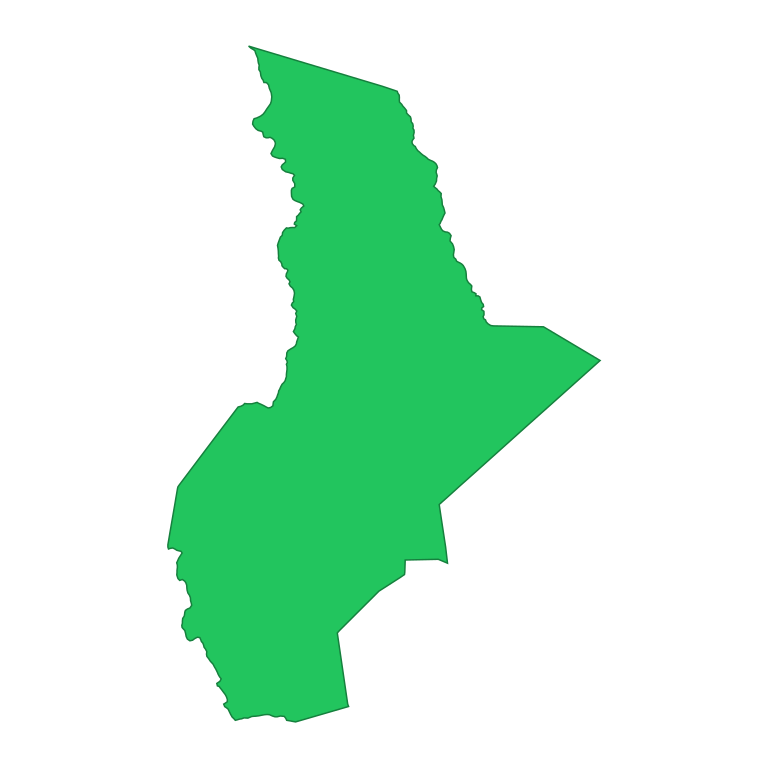 Itaguaçu da Bahia, Bahia, Brazil
{"feature_id": "56859067B27596324942544", "entity_name": "Itaguaçu da Bahia", "entity_type": "district", "adm_level": 2, "iso_a3": "BRA", "parent_name": "Brazil", "parent_adm1": "Bahia", "projection": "albers", "projection_center": [-42.3, -10.736], "detail": "fine", "context": "isolated", "style": "filled", "palette": "green", "viewbox_px": 768, "rotation_deg": 0, "n_neighbors": 0, "source": "geoboundaries", "source_scale": "gbopen_adm2", "svg_char_len": 5838}
<svg xmlns="http://www.w3.org/2000/svg" viewBox="0 0 768 768"><path d="M447.5,563.2L445.6,546.9L440.9,516.0L439.2,504.5L450.2,494.7L458.8,486.9L469.0,477.8L479.2,468.7L491.7,457.5L525.0,427.6L541.6,412.8L544.1,410.6L600.1,360.5L543.5,326.8L493.4,325.9L490.7,325.5L488.1,323.9L486.2,321.9L485.5,319.9L483.8,318.8L483.1,316.6L484.0,314.9L484.0,313.2L483.9,311.3L481.6,309.7L481.9,307.8L483.6,306.6L483.2,304.3L481.7,302.6L480.8,300.2L479.9,297.0L478.2,295.9L475.8,295.8L476.0,293.8L474.3,292.7L471.9,291.8L471.4,289.3L471.8,286.0L470.5,284.4L469.0,283.2L467.9,281.8L466.9,280.0L466.4,278.2L466.3,276.3L466.2,274.1L465.9,271.4L465.1,268.9L464.2,267.2L463.2,265.5L461.8,264.1L460.1,263.0L458.2,262.1L456.6,261.2L455.8,259.2L453.8,257.4L453.4,254.8L453.8,252.3L454.2,249.6L453.6,246.7L452.5,243.9L451.3,242.5L450.0,240.9L450.4,238.0L451.1,235.7L449.5,233.3L447.6,232.2L445.2,231.9L442.9,230.9L441.5,229.3L440.3,226.9L439.2,224.7L440.2,223.3L440.9,221.4L441.9,219.8L443.0,217.1L444.0,214.9L445.0,213.0L444.3,210.1L443.6,207.6L442.3,204.8L442.1,202.0L441.9,199.7L441.0,196.7L441.2,193.5L439.5,191.7L438.1,190.6L436.9,189.0L435.2,187.7L433.7,186.3L435.2,184.1L436.5,181.0L436.6,178.5L437.2,175.9L436.7,174.1L436.1,172.4L436.4,169.9L437.5,167.6L436.9,165.5L435.8,163.6L434.2,162.2L432.6,161.2L430.8,160.5L428.3,159.3L426.8,157.8L424.9,156.3L423.2,155.3L421.2,153.7L419.3,151.9L417.7,150.6L416.2,148.5L415.3,146.5L413.8,145.6L412.4,143.8L411.9,141.8L412.7,139.9L414.0,138.2L413.4,135.4L414.1,132.6L414.0,130.1L412.9,128.3L413.2,126.2L412.8,123.9L411.2,121.7L411.0,118.7L410.4,116.8L408.5,115.1L406.6,113.1L406.5,110.5L404.4,107.8L402.9,106.2L401.7,104.3L399.5,102.1L399.3,99.9L399.4,97.5L399.2,95.1L397.9,93.3L397.2,91.3L387.5,88.0L382.4,86.3L255.2,48.1L248.6,46.1L251.1,48.3L253.1,49.4L254.9,50.7L255.6,53.0L256.6,55.6L257.8,58.3L258.0,60.7L258.4,63.1L259.2,65.1L258.9,67.3L258.9,69.7L260.3,71.8L260.9,75.9L261.9,78.5L263.1,80.1L263.9,82.5L266.5,82.6L268.5,84.8L269.4,88.5L271.2,92.7L271.8,96.8L271.3,101.3L270.4,103.9L268.7,106.3L266.7,109.1L265.0,111.8L263.1,114.2L260.6,116.1L259.0,116.9L256.6,118.0L254.1,118.7L253.0,121.2L252.6,124.1L253.9,126.3L255.8,128.7L258.1,130.4L261.1,131.2L262.7,132.1L263.2,134.5L263.8,136.7L266.1,137.8L268.0,137.8L270.0,137.3L271.9,138.2L273.9,139.8L275.1,142.0L275.4,143.9L274.6,146.8L272.5,150.4L271.0,153.6L272.5,156.0L274.3,156.9L276.3,157.6L279.5,158.5L282.6,158.3L285.4,159.3L285.5,162.1L283.9,163.5L282.3,164.8L281.2,166.9L282.3,169.5L285.7,171.8L288.8,172.5L291.1,173.3L292.9,173.7L294.5,175.3L292.8,178.0L292.8,180.3L293.8,182.0L294.7,183.5L294.8,186.9L292.1,188.4L291.4,190.2L291.4,192.8L291.6,196.4L293.0,199.3L294.8,200.5L297.4,201.6L299.7,202.4L302.8,204.0L303.8,206.0L301.4,208.0L300.2,209.8L301.1,211.8L299.6,213.4L298.2,215.3L296.6,216.6L296.6,219.1L296.4,221.0L294.7,222.4L294.3,224.1L296.7,225.7L294.7,227.6L292.3,227.5L290.5,227.6L288.2,228.2L286.4,227.9L284.2,230.2L282.6,232.5L282.2,235.4L280.4,237.1L279.2,240.3L278.2,243.0L277.5,245.4L278.0,248.1L278.3,250.8L278.4,253.7L278.6,256.2L278.4,258.0L279.0,260.3L280.7,261.7L281.8,263.9L282.0,265.8L283.3,267.4L284.7,268.7L286.5,268.7L287.9,270.2L287.3,272.1L286.4,273.7L286.0,276.4L287.1,278.2L289.1,280.0L290.0,281.8L289.0,283.8L290.4,286.2L292.6,288.1L294.0,290.5L294.5,293.2L294.2,295.4L293.8,297.4L293.3,299.4L293.7,301.7L292.3,303.0L291.4,305.1L293.1,307.7L295.0,309.0L296.8,311.0L295.7,313.5L296.8,316.3L295.7,319.9L295.8,322.4L296.4,324.5L295.3,326.5L294.9,328.7L293.4,331.6L295.0,333.8L296.7,335.8L298.4,337.0L297.6,339.3L296.7,341.8L296.3,344.1L295.1,346.1L293.0,347.7L291.1,348.7L289.6,349.7L288.0,350.7L286.8,352.9L286.6,356.5L285.7,358.7L287.0,360.7L287.3,362.7L286.4,364.2L287.0,366.5L287.0,369.6L286.6,372.5L286.4,374.5L286.4,376.7L285.7,378.7L285.2,380.6L283.8,382.6L282.1,384.2L280.8,386.6L279.7,389.2L278.7,390.9L278.4,392.9L277.6,394.9L277.0,396.8L275.8,399.3L273.4,401.8L273.1,404.0L272.9,405.8L270.6,407.5L268.2,408.0L266.4,407.1L263.9,405.7L260.8,404.2L258.6,403.3L257.1,402.4L254.9,403.0L251.8,403.8L249.2,403.8L247.3,403.8L244.6,403.5L243.4,404.9L241.1,406.2L238.1,407.0L213.7,439.2L179.2,485.0L177.9,486.9L177.5,488.6L176.1,496.8L175.7,499.1L175.3,501.6L169.7,534.0L169.4,535.9L167.9,544.7L167.9,547.1L168.5,549.0L170.5,548.3L172.7,548.0L174.5,548.8L176.9,550.3L179.2,550.9L181.0,551.3L182.1,553.0L180.7,555.2L178.7,558.3L177.6,560.9L176.7,562.8L177.3,564.9L177.4,567.2L177.0,570.5L177.0,572.5L176.8,574.9L177.3,576.6L178.0,578.6L179.7,580.4L182.3,579.5L184.7,581.1L185.8,582.7L186.7,585.2L186.9,588.3L187.1,590.1L187.9,593.0L189.4,595.2L190.4,597.7L190.6,600.8L191.3,603.2L191.7,605.3L189.9,608.0L187.4,609.0L185.4,610.4L184.8,612.2L184.6,614.1L184.2,616.2L182.7,618.4L182.4,621.1L182.4,623.2L181.8,625.4L182.1,627.5L183.3,628.9L184.8,630.5L185.6,633.5L186.2,636.6L187.4,639.1L189.9,640.8L192.6,640.2L194.7,638.6L197.4,637.2L199.8,637.6L200.8,639.8L201.4,641.5L202.9,643.2L203.6,645.2L204.1,647.3L205.3,648.8L206.8,651.6L206.5,654.2L206.9,656.4L208.6,658.6L210.4,661.3L211.7,662.7L213.0,664.1L214.4,666.8L215.8,669.1L217.4,672.4L218.2,674.4L219.5,676.7L221.2,678.9L219.9,681.3L216.8,683.4L217.4,685.9L219.2,686.5L220.4,688.2L221.7,689.8L223.6,692.4L225.2,694.5L226.4,696.7L227.3,699.3L227.3,701.7L225.2,703.2L223.7,704.1L224.7,706.6L226.5,707.8L228.1,709.1L229.4,711.8L230.7,714.5L232.2,717.1L233.8,718.6L235.3,720.3L237.3,719.8L239.6,719.1L241.7,718.8L244.0,717.9L247.9,718.1L249.8,717.3L251.7,716.5L253.5,716.3L255.6,716.2L258.9,715.8L262.3,715.1L264.6,714.7L267.1,714.5L269.5,714.7L272.4,716.0L275.0,716.8L277.1,716.8L280.4,716.0L284.3,716.4L285.8,718.4L286.7,720.3L290.2,720.9L292.7,721.4L295.6,721.9L348.6,706.5L347.7,704.1L342.5,668.5L337.3,633.0L338.4,631.7L339.9,630.1L379.0,591.1L400.5,577.3L404.5,574.5L404.8,572.1L405.2,560.0L438.3,559.3L447.5,563.2Z" fill="#22c55e" stroke="#15803d" stroke-width="1.5"/></svg>